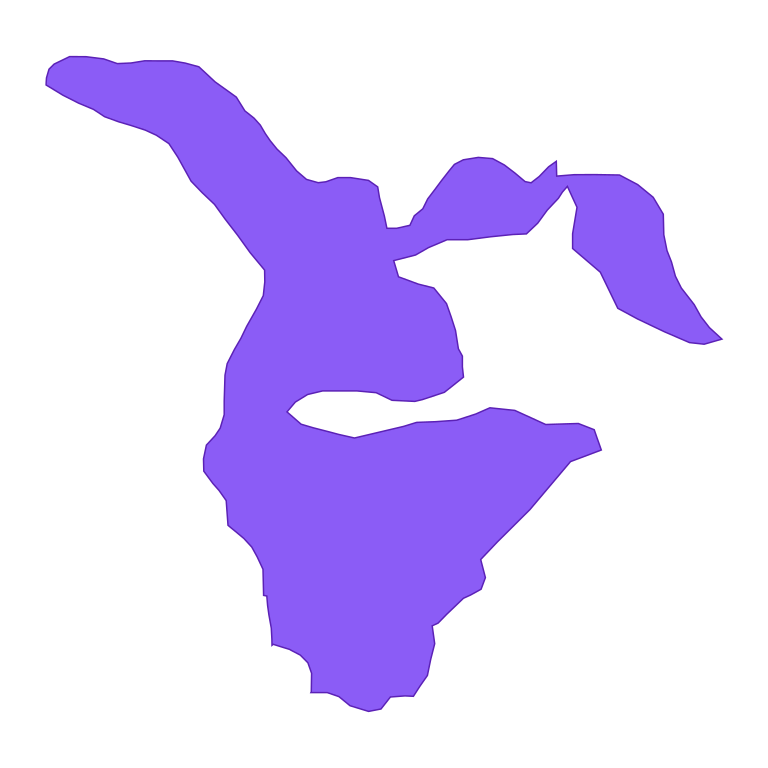 Samukh District, Samux, Azerbaijan
{"feature_id": "54616110B65018719015844", "entity_name": "Samukh District", "entity_type": "district", "adm_level": 2, "iso_a3": "AZE", "parent_name": "Azerbaijan", "parent_adm1": "Samux", "projection": "orthographic", "projection_center": [46.456, 40.939], "detail": "fine", "context": "isolated", "style": "filled", "palette": "violet", "viewbox_px": 768, "rotation_deg": 0, "n_neighbors": 0, "source": "geoboundaries", "source_scale": "gbopen_adm2", "svg_char_len": 2706}
<svg xmlns="http://www.w3.org/2000/svg" viewBox="0 0 768 768"><path d="M310.9,692.6L327.3,692.6L338.9,696.6L350.0,705.7L368.6,711.4L381.0,709.0L390.4,697.0L405.0,695.9L413.4,696.3L419.0,687.6L420.4,685.5L427.4,675.5L430.7,659.4L434.7,643.7L432.2,625.8L438.1,623.1L446.7,614.3L463.4,598.3L470.6,595.0L481.1,589.2L485.4,577.6L480.7,559.5L497.3,542.0L508.8,530.6L530.0,509.5L570.5,461.6L601.3,450.0L599.0,443.4L597.0,437.8L594.2,429.7L578.3,423.5L545.7,424.5L514.8,410.4L489.9,407.8L475.8,414.0L456.7,420.2L435.4,421.7L416.6,422.4L403.6,426.4L354.5,438.0L338.6,434.4L328.9,431.8L313.3,427.8L301.1,424.2L287.0,411.9L295.3,402.1L307.6,394.5L322.7,390.9L356.7,390.9L376.2,392.7L392.0,400.3L414.8,401.4L422.4,399.6L444.4,392.3L463.5,377.1L462.4,366.9L462.4,356.1L458.4,348.8L455.5,330.4L451.2,317.0L446.5,303.6L433.8,288.0L418.3,284.1L398.5,276.8L393.7,260.6L415.6,255.0L428.5,247.6L447.1,239.7L467.9,239.7L490.4,236.8L512.9,234.5L526.4,233.9L537.7,223.2L547.2,210.2L558.4,198.3L562.4,192.1L567.4,186.4L577.0,207.3L572.6,233.8L572.6,248.5L600.3,272.2L617.8,308.3L637.6,319.0L664.7,331.9L689.5,342.6L704.2,344.2L721.9,339.1L709.4,327.6L701.0,316.8L694.2,304.6L681.3,288.0L675.4,276.2L671.5,262.0L667.0,250.6L663.8,234.7L663.3,214.2L653.2,197.3L637.7,184.6L619.5,175.0L594.9,174.6L574.0,174.7L556.7,176.1L556.3,161.3L548.6,166.8L539.2,176.5L531.1,182.8L525.1,181.6L515.0,173.1L504.4,165.0L492.6,158.6L478.3,157.4L463.3,159.8L454.4,164.4L449.3,170.6L441.5,180.6L434.8,189.6L427.7,198.9L422.8,208.8L414.3,215.8L409.9,225.3L396.6,228.3L386.9,228.3L384.4,216.2L379.5,197.7L377.7,186.9L368.5,180.4L350.5,177.6L337.8,177.6L325.8,181.8L318.2,182.7L306.5,179.4L296.6,170.9L286.0,157.7L277.0,149.1L270.1,140.6L265.3,133.6L260.3,125.1L254.0,118.1L244.9,110.9L236.3,97.1L215.1,81.9L198.9,66.8L185.3,63.1L172.7,60.9L158.7,60.9L144.7,60.8L131.0,63.0L117.3,63.6L103.7,58.9L86.1,56.7L69.6,56.6L54.1,64.1L49.0,69.2L46.5,77.8L46.2,82.1L46.1,84.8L46.1,85.0L62.9,95.2L78.7,103.2L93.5,109.4L104.6,116.7L118.6,121.8L130.8,125.4L145.2,130.1L156.3,135.2L168.9,143.6L169.9,145.1L177.9,157.3L184.3,168.9L191.1,181.2L202.3,192.8L214.5,204.4L225.2,219.2L237.5,235.1L250.1,252.6L264.6,270.1L264.8,281.8L263.3,295.6L256.5,309.0L246.7,326.3L240.9,338.3L234.4,349.5L227.2,363.6L225.0,375.2L224.2,400.9L224.2,414.7L220.2,428.1L215.1,435.7L206.4,445.1L203.5,458.9L203.8,471.2L212.9,483.5L219.0,490.4L226.2,500.6L228.0,525.3L231.1,527.9L233.7,530.0L243.8,538.4L251.8,547.1L257.2,556.9L263.0,569.3L263.6,595.4L266.8,596.0L267.6,605.5L268.9,614.8L271.3,628.2L271.9,639.3L272.0,645.3L273.2,644.3L282.4,647.2L289.6,649.4L291.1,650.3L300.3,655.1L307.9,662.8L311.6,673.3L311.3,691.7L310.9,692.6Z" fill="#8b5cf6" stroke="#5b21b6" stroke-width="1.5"/></svg>